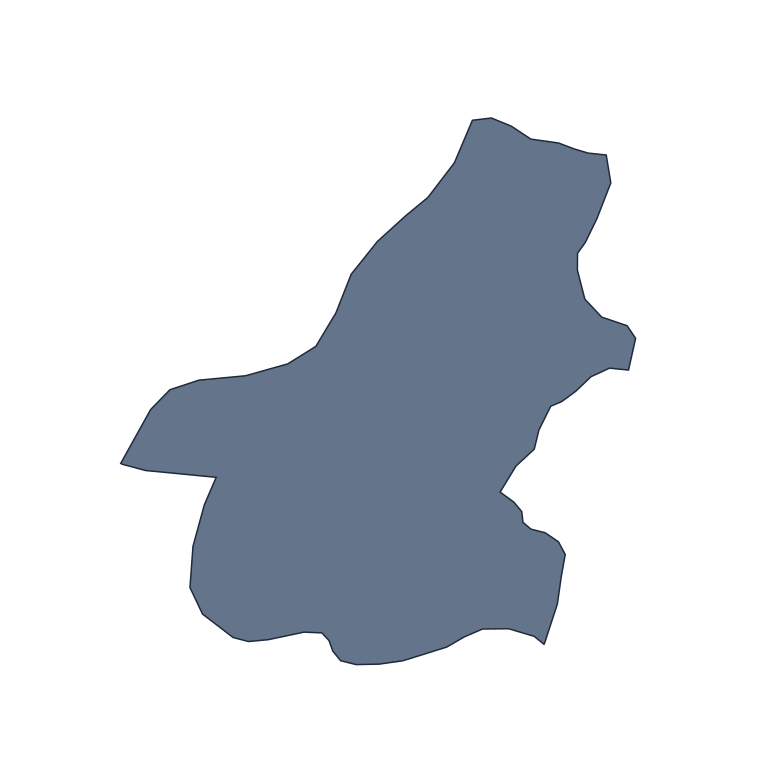 Nikšic, Natural Earth projection, rotated 286°
{"feature_id": "MNE-1514", "entity_name": "Nikšic", "entity_type": "Municipality", "adm_level": 1, "iso_a3": "MNE", "parent_name": "Montenegro", "parent_adm1": "", "projection": "natural_earth1", "projection_center": [18.786, 42.872], "detail": "fine", "context": "isolated", "style": "filled", "palette": "slate", "viewbox_px": 768, "rotation_deg": 286, "n_neighbors": 0, "source": "natural_earth", "source_scale": "10m", "svg_char_len": 1117}
<svg xmlns="http://www.w3.org/2000/svg" viewBox="0 0 768 768"><g transform="rotate(286 384 384)"><path d="M248.0,248.4L235.1,178.6L234.7,154.7L235.1,152.8L248.1,155.8L295.1,166.7L319.5,179.8L336.7,205.0L353.7,248.5L376.8,285.9L401.4,308.1L439.2,318.2L480.5,322.2L494.3,328.0L519.3,338.4L552.2,358.8L575.5,374.8L616.1,390.7L661.9,396.3L669.3,413.9L666.9,435.4L659.9,457.6L663.8,485.9L663.6,487.4L662.4,501.9L662.2,516.3L665.4,534.5L639.8,546.6L601.7,543.1L575.6,538.5L563.0,534.0L546.8,538.5L520.9,553.7L508.3,574.9L507.0,601.7L497.2,613.3L464.8,615.2L461.4,596.4L448.1,581.0L430.0,570.4L416.1,559.7L408.6,550.4L382.4,545.6L362.8,546.4L341.5,533.5L312.1,525.4L306.2,541.5L299.3,551.6L289.4,555.7L285.0,565.2L285.4,580.0L280.4,595.2L270.1,605.2L254.6,606.8L247.6,607.5L220.4,611.3L179.2,609.8L177.9,609.5L182.8,598.0L183.1,571.3L175.6,546.2L163.2,531.1L148.4,516.8L123.2,478.5L113.4,456.6L106.6,434.6L106.0,418.7L113.1,408.4L122.2,401.9L127.6,392.9L123.4,375.4L106.3,343.2L99.1,324.8L98.7,308.9L112.8,273.0L134.8,253.6L175.4,245.1L218.5,244.6L248.0,248.4Z" fill="#64748b" stroke="#1e293b" stroke-width="1.5"/></g></svg>